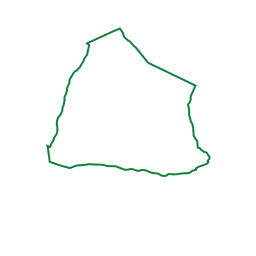 Anaurilândia, Mato Grosso do Sul, Brazil, rotated 38°
{"feature_id": "56859067B19851013015279", "entity_name": "Anaurilândia", "entity_type": "district", "adm_level": 2, "iso_a3": "BRA", "parent_name": "Brazil", "parent_adm1": "Mato Grosso do Sul", "projection": "albers", "projection_center": [-52.789, -22.153], "detail": "fine", "context": "isolated", "style": "outline", "palette": "green", "viewbox_px": 256, "rotation_deg": 38, "n_neighbors": 0, "source": "geoboundaries", "source_scale": "gbopen_adm2", "svg_char_len": 3586}
<svg xmlns="http://www.w3.org/2000/svg" viewBox="0 0 256 256"><g transform="rotate(38 128 128)"><path d="M207.3,119.1L206.5,117.8L206.9,117.2L207.0,116.3L207.5,115.3L208.7,113.2L209.4,112.2L210.0,111.3L211.0,109.6L211.5,108.8L212.1,108.0L212.3,107.2L212.4,106.3L212.2,105.4L211.1,105.1L211.0,104.1L211.1,102.7L210.7,101.4L210.1,100.5L209.3,100.4L208.6,100.2L208.0,100.0L207.3,99.9L206.7,99.6L206.0,99.3L205.0,99.0L204.1,99.3L203.4,99.7L202.7,99.9L201.9,100.0L200.7,100.1L199.3,100.1L198.7,100.2L198.0,100.0L196.9,99.7L196.3,99.8L195.7,100.3L194.9,100.4L194.0,99.4L193.4,98.7L192.5,97.6L191.8,96.9L191.2,96.5L190.8,95.8L190.1,95.5L189.1,95.3L188.0,95.0L187.1,94.7L186.3,94.4L185.6,93.9L184.5,93.6L183.1,92.0L182.6,91.5L181.8,90.5L180.9,89.8L179.2,87.6L178.5,87.1L177.9,86.8L177.4,86.4L177.0,85.7L176.3,85.3L175.0,84.7L173.9,84.6L173.4,84.2L172.6,83.4L171.7,82.6L170.7,82.1L170.0,81.4L169.2,80.8L168.3,80.2L167.8,79.7L167.4,79.2L167.0,78.6L166.6,77.9L166.1,77.3L165.5,76.8L165.0,76.3L164.3,75.6L163.5,74.8L162.6,74.0L162.1,73.6L161.4,73.2L160.7,72.4L160.8,71.0L160.8,69.7L160.5,68.7L160.3,67.9L159.8,66.9L158.9,65.7L158.2,64.8L157.7,63.5L155.1,53.1L150.8,54.0L146.1,55.0L138.6,56.6L132.9,57.9L124.4,59.7L113.5,62.1L109.3,63.0L105.8,63.8L104.8,64.0L103.7,64.1L102.3,63.9L100.6,63.5L99.8,63.3L98.0,62.9L95.6,62.3L90.9,61.3L89.9,61.0L88.4,60.7L86.1,60.1L84.8,59.8L83.5,59.7L82.3,59.8L80.3,59.5L79.0,59.2L77.9,58.9L76.8,58.6L75.9,58.7L74.8,58.9L73.9,59.0L71.2,58.8L70.0,58.6L69.4,58.6L68.7,58.5L68.1,58.2L67.1,57.4L65.8,56.5L65.0,56.1L63.4,55.6L61.9,55.1L60.4,54.6L56.7,61.1L43.6,86.5L44.7,86.6L45.6,86.5L46.3,86.5L50.6,95.4L50.7,96.2L50.7,96.9L50.8,97.6L50.8,99.2L50.9,100.3L51.2,101.2L51.5,102.0L51.7,103.2L51.9,104.0L52.0,105.2L52.1,106.4L52.3,107.3L52.3,108.0L52.5,108.8L52.6,109.7L52.6,110.7L52.4,111.8L52.3,112.7L52.3,113.7L52.0,114.5L51.6,115.6L51.3,116.5L51.3,117.3L51.3,118.7L51.4,119.7L51.6,120.6L51.7,121.5L51.8,122.3L51.8,123.2L51.9,124.1L52.0,124.8L52.2,125.5L52.5,126.3L53.0,127.2L53.6,128.0L54.2,128.6L54.4,129.4L54.5,130.5L54.8,131.8L55.1,132.6L55.4,133.9L55.9,135.0L56.8,135.8L57.1,136.9L57.6,137.7L57.8,138.3L58.0,139.2L58.3,140.0L58.5,140.8L58.6,141.8L59.0,142.8L59.8,144.0L60.4,144.5L61.0,144.9L61.1,145.7L61.7,146.5L62.2,147.7L62.6,148.5L63.0,149.4L63.5,150.5L63.7,151.6L64.0,152.6L64.5,153.2L65.0,153.9L65.6,155.0L65.9,156.1L66.1,157.1L66.5,158.2L66.6,159.4L66.6,160.7L66.5,161.8L66.5,162.4L66.7,163.3L67.1,164.2L67.3,165.3L67.8,166.1L68.3,167.0L68.8,167.9L69.4,168.8L70.2,169.5L70.9,170.1L71.4,170.5L72.2,171.3L73.0,172.1L73.4,173.1L74.1,173.7L74.5,174.3L74.8,175.1L75.2,176.2L75.5,177.1L75.6,177.9L75.6,178.6L75.6,179.5L75.7,180.2L76.0,181.5L76.5,182.5L76.7,183.6L76.9,184.4L77.1,185.2L77.1,186.2L77.2,187.2L77.4,188.4L78.2,190.2L78.3,191.1L77.3,191.2L76.3,191.5L75.5,191.7L76.1,192.3L76.8,192.7L82.5,198.3L84.1,199.8L87.1,202.9L89.1,202.2L90.0,201.9L97.7,199.2L98.5,198.9L100.2,198.2L106.6,195.5L107.2,194.9L110.4,189.4L111.0,188.9L115.1,185.1L116.7,183.6L117.3,183.0L119.4,180.7L130.8,172.5L135.4,170.6L141.7,165.8L150.2,163.2L151.4,162.7L152.5,161.9L153.6,160.8L154.4,159.8L155.1,158.9L155.9,158.3L157.3,157.5L159.1,156.9L161.6,156.0L162.9,155.1L163.9,153.7L165.1,152.3L166.8,151.2L168.7,150.3L172.5,149.3L173.4,149.0L174.9,148.5L176.9,147.2L178.9,145.9L181.3,145.1L182.5,145.0L183.3,145.0L184.0,144.7L185.6,143.7L186.4,143.2L187.4,142.2L188.2,139.4L192.7,136.3L193.6,135.6L194.2,135.0L195.7,133.7L196.5,132.5L197.3,131.8L198.5,130.6L202.4,127.2L203.9,125.5L204.8,123.0L205.3,121.9L206.3,120.3L207.3,119.1Z" fill="none" stroke="#15803d" stroke-width="2"/></g></svg>